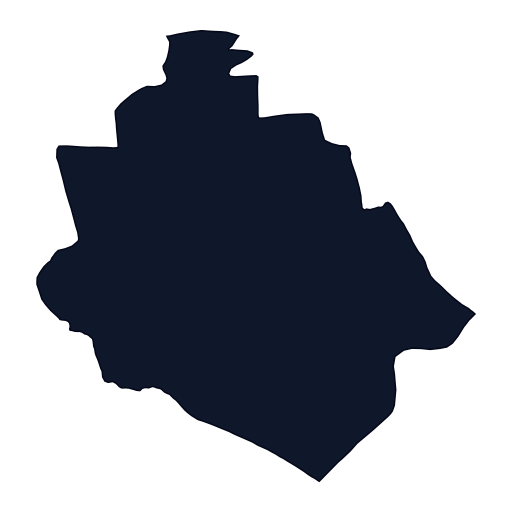 Ba Phnum, Prey Vêng, Cambodia
{"feature_id": "14789045B90581067324200", "entity_name": "Ba Phnum", "entity_type": "district", "adm_level": 2, "iso_a3": "KHM", "parent_name": "Cambodia", "parent_adm1": "Prey Vêng", "projection": "albers", "projection_center": [105.415, 11.288], "detail": "fine", "context": "isolated", "style": "filled", "palette": "ink", "viewbox_px": 512, "rotation_deg": 0, "n_neighbors": 0, "source": "geoboundaries", "source_scale": "gbopen_adm2", "svg_char_len": 3745}
<svg xmlns="http://www.w3.org/2000/svg" viewBox="0 0 512 512"><path d="M311.8,114.0L306.5,113.9L298.8,114.2L287.4,114.6L274.8,116.3L264.6,118.0L260.1,118.2L258.3,117.7L257.9,114.6L257.9,106.0L257.5,95.4L257.4,86.5L257.9,77.0L256.3,75.8L250.3,76.0L243.4,76.4L235.0,76.9L229.9,76.2L228.5,73.5L230.6,68.5L236.1,64.8L241.2,62.6L246.4,59.6L251.2,56.0L252.8,54.2L252.4,52.9L247.3,51.0L238.2,50.4L231.8,49.8L228.7,50.2L228.6,48.7L232.0,45.6L233.5,43.3L236.2,39.0L238.7,35.9L234.9,34.6L226.7,32.3L220.9,31.8L211.2,31.4L201.4,30.7L189.6,32.1L177.8,34.2L169.9,36.0L166.9,36.3L167.8,38.1L169.8,41.7L169.8,44.7L169.0,50.7L167.5,57.2L165.8,61.9L163.1,66.0L163.6,69.5L166.1,74.7L167.1,78.3L166.2,81.7L161.7,85.2L154.6,86.8L147.0,86.5L141.7,88.7L138.8,90.3L132.2,94.4L126.1,99.5L121.0,103.9L117.1,108.5L115.3,111.0L115.3,113.8L115.7,118.5L116.3,123.2L116.7,129.3L117.3,135.5L117.9,141.7L118.2,146.2L117.7,147.7L113.1,148.0L106.8,147.5L97.9,147.3L88.7,147.4L80.2,147.0L72.4,146.4L67.7,146.1L62.9,146.1L59.0,146.2L57.1,149.3L56.9,154.7L56.8,157.6L58.9,163.4L61.0,171.6L63.4,180.5L65.9,191.0L68.9,201.1L71.3,208.6L73.7,217.7L74.4,220.3L75.6,225.1L77.9,232.6L78.8,238.9L78.2,241.1L72.1,246.2L65.0,248.9L58.2,250.5L55.5,253.1L53.0,256.6L52.0,257.8L50.6,261.0L47.9,262.9L43.9,266.8L39.7,272.9L37.2,277.7L37.0,281.7L37.0,284.3L39.7,292.3L41.9,299.1L45.6,304.4L50.8,310.4L55.5,314.7L58.7,317.7L60.0,319.4L61.5,319.8L65.6,320.2L68.4,321.4L69.7,323.3L70.1,325.2L70.2,327.0L69.7,329.1L70.3,330.3L71.8,330.3L74.3,331.1L77.2,331.4L79.4,331.3L82.0,332.0L85.0,334.0L86.7,334.2L88.9,335.5L90.2,336.7L92.7,338.8L93.3,341.8L93.8,346.4L94.8,348.9L95.4,353.1L96.1,355.3L97.9,359.5L99.4,363.8L100.8,368.2L102.2,371.3L102.7,377.0L104.9,381.1L108.2,382.3L110.5,381.9L112.7,381.5L115.6,383.0L117.3,384.4L119.3,386.6L121.4,387.8L123.8,387.9L125.5,387.7L127.4,387.9L129.1,388.0L131.3,388.7L134.6,389.6L136.4,390.2L139.8,390.6L141.0,389.5L142.1,388.3L144.5,387.6L147.1,387.6L148.7,387.8L152.5,386.4L154.6,386.9L157.1,387.9L159.1,388.2L161.3,389.0L162.9,390.5L164.5,392.0L167.3,393.4L169.8,394.3L171.7,396.3L173.5,398.1L176.1,400.1L177.9,402.0L181.6,406.3L182.5,407.3L184.7,409.8L187.8,412.6L191.7,415.6L194.3,417.2L197.1,419.0L198.8,419.8L202.5,420.9L206.1,422.2L209.9,423.6L214.5,425.4L218.6,427.1L224.5,429.5L229.4,431.5L234.3,434.0L239.1,436.1L243.5,438.0L247.8,439.9L252.8,442.1L257.8,445.1L263.0,447.4L267.7,449.5L271.9,451.9L275.9,454.0L279.9,456.6L283.3,458.3L287.5,461.0L291.1,463.1L293.7,464.7L296.8,466.6L300.8,469.2L304.2,471.4L308.4,474.5L311.8,476.7L315.0,478.4L317.8,480.4L319.2,481.3L328.0,472.3L338.2,461.9L341.6,459.0L349.9,451.2L356.9,443.3L372.8,429.9L387.9,416.3L390.4,413.7L392.3,411.0L394.3,405.3L395.0,397.5L395.7,389.8L394.9,381.0L394.4,374.4L393.2,366.3L394.4,359.4L394.9,356.5L403.6,350.1L411.8,348.2L420.8,348.4L430.1,349.4L440.0,348.3L446.9,346.9L452.4,343.1L457.8,336.3L460.7,331.6L463.2,327.6L463.9,326.5L464.9,325.3L466.6,323.1L468.8,320.1L470.7,318.4L472.3,316.7L473.4,315.6L475.0,314.0L473.7,312.8L472.4,311.7L470.8,310.6L468.4,308.5L466.1,307.2L461.7,304.6L457.0,300.9L452.3,297.1L446.2,291.6L441.1,286.5L434.6,280.8L430.7,276.3L426.7,267.6L425.2,262.4L423.5,258.7L422.4,256.6L418.4,251.9L415.0,246.3L412.5,241.9L409.8,235.6L406.2,229.4L403.5,224.1L400.5,220.3L397.1,215.0L395.5,212.1L394.2,209.7L392.1,206.2L390.3,203.9L387.8,202.4L385.5,203.2L383.8,205.7L383.2,206.6L381.0,207.5L378.4,207.2L374.9,208.4L370.0,209.7L366.5,209.1L364.3,210.1L362.7,208.7L361.6,207.1L361.9,206.0L361.2,202.0L360.8,195.8L359.2,187.9L357.1,179.8L355.0,173.1L351.6,163.4L350.0,157.2L350.5,153.4L348.8,148.0L346.4,146.0L339.4,145.7L331.6,143.7L324.5,140.3L322.2,133.0L320.0,122.5L318.1,118.1L314.0,115.1L311.8,114.0Z" fill="#0f172a" stroke="#020617" stroke-width="1.5"/></svg>